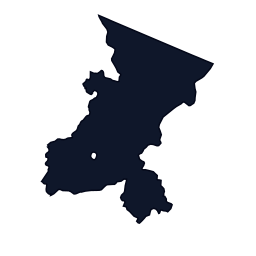 an SVG outline of Koulikoro, rotated 23°
{"feature_id": "MLI-4860", "entity_name": "Koulikoro", "entity_type": "Region", "adm_level": 1, "iso_a3": "MLI", "parent_name": "Mali", "parent_adm1": "", "projection": "orthographic", "projection_center": [-7.926, 13.476], "detail": "fine", "context": "isolated", "style": "filled", "palette": "ink", "viewbox_px": 256, "rotation_deg": 23, "n_neighbors": 0, "source": "natural_earth", "source_scale": "10m", "svg_char_len": 4450}
<svg xmlns="http://www.w3.org/2000/svg" viewBox="0 0 256 256"><g transform="rotate(23 128 128)"><path d="M63.8,186.8L63.5,186.3L63.3,185.8L62.9,185.1L62.7,184.7L62.8,183.5L63.3,182.5L63.9,181.6L64.3,180.6L64.2,179.6L63.7,178.6L62.9,177.7L61.4,176.9L61.6,176.7L62.2,176.0L60.7,175.0L62.5,171.5L64.3,170.1L66.1,168.7L67.6,165.7L69.2,164.9L71.2,164.6L73.3,163.9L75.0,162.8L76.2,161.2L76.9,160.6L80.6,158.6L80.0,157.6L79.4,156.9L79.0,156.2L79.1,155.1L79.5,154.0L81.5,150.8L81.8,149.5L81.8,148.4L81.5,146.0L81.5,145.3L81.7,144.8L82.0,144.3L82.2,143.7L82.3,140.8L82.6,139.9L82.9,139.4L83.6,138.5L83.9,138.0L84.0,137.4L84.2,136.5L85.0,133.7L85.3,133.1L85.7,132.6L85.9,132.4L86.3,132.3L86.7,132.0L87.2,131.4L87.3,130.5L87.2,129.5L87.0,128.7L86.5,127.9L85.2,126.6L84.7,125.4L84.4,124.9L84.0,124.5L83.5,124.2L83.3,123.8L83.2,123.4L82.6,118.6L82.8,117.7L83.3,117.0L84.5,115.8L84.8,115.3L85.5,113.8L86.0,113.3L86.6,112.8L87.0,112.2L87.1,111.5L87.1,110.8L87.3,109.8L87.2,109.2L86.7,107.7L85.8,106.8L84.6,106.3L83.1,106.4L82.2,106.6L81.9,107.1L81.7,108.2L81.0,109.7L80.9,110.3L81.6,110.4L81.0,111.5L79.9,111.6L76.1,111.0L75.2,110.3L74.0,107.9L73.6,108.4L73.2,108.5L72.9,108.2L72.6,107.6L72.4,107.2L72.0,107.0L71.6,106.9L71.2,106.7L69.8,105.5L69.5,105.2L69.4,104.6L69.5,104.4L69.8,104.2L70.0,103.9L70.3,103.0L70.4,102.7L70.8,102.2L71.0,101.5L70.8,99.9L71.0,99.3L72.0,98.9L72.8,99.2L73.4,99.1L73.7,97.8L73.7,96.8L73.5,95.9L71.5,91.0L75.3,91.0L76.7,90.3L78.5,89.8L80.0,87.7L81.0,85.5L82.0,85.3L83.0,85.8L83.9,86.8L85.2,89.3L86.4,90.4L87.7,90.6L89.7,90.2L92.8,89.7L95.2,90.3L97.2,89.9L100.1,89.6L101.4,88.7L101.3,87.8L100.2,84.4L100.5,83.3L100.6,81.9L100.0,81.2L96.8,80.4L94.0,77.7L91.3,75.6L86.8,72.3L85.9,70.7L86.1,68.1L86.3,64.2L85.6,61.2L84.9,60.2L82.1,59.6L77.4,59.3L74.6,57.3L72.6,51.9L72.2,48.4L71.9,47.3L69.9,45.1L63.7,41.6L62.5,40.4L60.1,38.6L57.9,36.8L57.1,35.8L62.5,35.8L63.2,35.8L67.2,35.8L70.2,35.9L73.4,35.9L77.0,35.9L80.7,35.9L86.6,35.9L92.9,35.9L99.6,35.9L106.5,35.9L113.7,35.9L121.1,35.9L128.5,35.9L136.1,35.9L143.6,35.9L151.1,35.9L158.4,35.9L165.6,35.8L172.6,35.8L179.2,35.7L181.2,35.7L180.5,41.2L177.6,50.7L176.3,53.0L172.2,58.5L171.5,60.9L174.1,65.4L176.3,68.3L177.8,73.8L178.8,76.5L178.8,79.5L177.7,81.1L176.7,82.8L175.4,83.6L169.9,82.1L168.4,82.6L167.5,84.8L164.1,89.3L162.5,92.0L156.0,104.2L155.4,112.5L156.0,115.5L158.7,118.2L161.3,121.2L161.6,125.8L162.1,127.1L163.7,128.3L164.2,129.1L163.1,132.2L161.7,133.0L157.6,133.3L155.0,134.1L153.0,136.0L152.2,138.6L150.7,141.5L150.8,143.1L150.3,145.8L148.7,147.4L148.1,149.0L148.8,149.8L150.9,152.3L153.7,153.0L155.8,153.0L156.8,153.9L157.0,156.5L156.5,159.4L157.1,160.5L158.4,160.5L160.3,159.6L165.3,158.8L168.5,158.4L170.4,159.2L173.5,160.3L174.6,163.7L175.4,164.2L177.5,163.5L178.9,163.3L179.6,165.3L180.6,168.2L182.5,168.9L184.7,169.9L186.3,172.3L186.4,174.1L187.0,175.7L187.0,176.9L188.6,176.6L191.0,178.4L191.8,180.4L193.3,181.1L197.3,180.9L198.6,181.4L198.9,185.5L197.3,189.6L195.7,189.5L192.6,190.4L191.3,190.3L190.0,191.0L190.2,193.1L190.2,194.1L189.7,194.6L187.5,192.6L185.3,191.7L183.0,191.9L181.0,194.0L181.1,196.2L181.7,199.6L178.9,202.3L178.4,204.2L177.4,207.1L176.7,208.9L175.7,211.1L174.4,211.3L172.4,210.4L172.7,207.7L171.9,206.9L168.0,206.8L162.2,204.2L159.0,203.4L157.7,201.7L156.5,201.3L154.3,201.7L154.2,197.5L153.3,196.4L151.2,197.0L149.9,196.4L148.4,194.9L148.3,192.4L149.7,189.1L149.6,187.5L148.0,182.0L147.2,177.0L146.7,175.7L144.2,176.6L142.4,179.6L140.5,180.8L139.0,181.5L138.3,183.9L137.6,185.1L136.0,185.8L131.6,188.0L130.5,188.7L129.3,191.0L127.6,195.2L126.2,196.3L123.3,197.7L118.5,199.8L113.4,202.7L110.1,205.2L108.9,205.6L105.7,208.9L104.1,209.8L100.3,208.9L98.0,208.9L92.3,211.1L89.5,211.0L88.0,211.8L85.4,217.5L83.7,219.7L83.1,220.3L82.9,219.3L82.6,218.7L81.5,219.6L80.3,219.5L77.9,218.4L77.4,217.8L76.9,216.9L76.5,216.0L76.3,215.1L75.4,211.9L74.8,211.4L74.1,211.6L73.4,211.9L72.5,212.0L71.7,211.8L70.9,211.3L70.2,211.0L69.4,211.0L71.6,199.4L71.6,198.8L71.4,198.4L71.1,198.0L70.8,197.5L70.8,196.5L70.8,195.6L70.6,194.8L69.8,194.1L68.9,194.0L67.9,194.1L66.9,194.0L66.1,193.3L65.9,192.5L66.1,191.5L66.8,189.7L66.8,188.7L66.5,187.6L65.9,186.8L65.2,186.5L64.3,186.8L63.8,186.8ZM108.2,170.7L109.7,170.2L110.2,169.2L110.3,167.9L110.2,166.5L110.0,165.3L109.3,164.2L108.4,163.6L107.2,163.3L106.0,163.5L105.0,164.0L104.4,164.9L104.2,166.2L104.4,167.9L104.8,169.0L105.5,169.5L105.9,170.0L106.8,170.3L108.2,170.7Z" fill="#0f172a" stroke="#020617" stroke-width="1.5"/></g></svg>